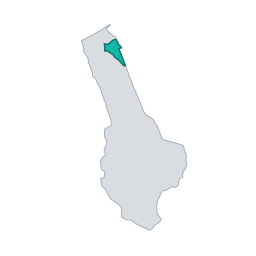 location of Kouffo within Benin, rotated 159°
{"feature_id": "BEN-2176", "entity_name": "Kouffo", "entity_type": "Department", "adm_level": 1, "iso_a3": "BEN", "parent_name": "Benin", "parent_adm1": "", "projection": "robinson", "projection_center": [1.816, 7.113], "detail": "fine", "context": "in_parent", "style": "filled", "palette": "teal", "viewbox_px": 256, "rotation_deg": 159, "n_neighbors": 0, "source": "natural_earth", "source_scale": "10m", "svg_char_len": 2795}
<svg xmlns="http://www.w3.org/2000/svg" viewBox="0 0 256 256"><g transform="rotate(159 128 128)"><path d="M108.1,231.3L107.7,230.2L112.7,228.7L111.6,224.3L108.6,219.1L107.4,218.1L106.7,215.5L107.5,213.8L107.1,212.7L106.9,209.2L105.4,205.3L108.1,205.2L108.1,192.7L108.1,180.7L108.1,170.5L108.1,162.5L107.6,152.8L107.5,145.7L107.4,136.4L106.4,133.5L102.2,128.5L101.1,125.9L100.9,122.6L100.0,119.0L99.9,112.9L99.9,105.8L99.5,104.7L94.9,101.3L88.5,96.5L83.6,92.8L83.3,92.5L82.8,91.6L83.5,80.8L84.5,79.3L86.1,74.9L86.8,71.3L87.6,71.3L88.5,70.1L89.3,68.4L90.2,68.8L91.6,69.1L92.3,68.5L92.2,67.2L92.7,65.8L93.8,65.2L94.1,64.0L94.1,62.6L95.0,62.3L96.7,62.3L98.0,61.9L99.1,61.2L100.5,58.4L101.3,57.4L101.5,56.7L102.3,56.1L104.5,55.8L106.3,56.0L107.4,57.6L115.0,56.2L118.6,57.0L126.0,50.0L127.6,47.9L129.9,42.9L130.6,41.0L131.3,37.6L129.9,31.2L130.0,30.1L133.0,28.8L136.8,27.7L138.2,27.6L139.2,27.1L140.6,25.7L142.9,24.7L144.2,25.0L145.0,25.2L153.0,33.6L156.4,37.8L157.4,40.0L159.2,41.6L161.8,42.5L164.2,44.7L166.1,47.7L164.9,49.9L163.0,54.3L163.0,57.8L167.4,65.1L167.9,65.9L169.1,67.0L169.7,68.4L170.2,72.0L170.6,76.1L170.9,78.8L173.1,82.7L173.2,84.2L171.7,90.0L171.4,90.6L171.0,90.7L168.7,90.2L167.7,90.9L166.4,92.8L165.7,94.8L165.6,95.6L167.7,99.2L166.4,104.4L165.1,107.7L162.7,109.5L160.6,110.0L159.1,110.8L158.3,112.0L158.4,115.7L155.3,119.1L153.5,121.5L152.7,122.9L153.0,127.3L151.9,131.8L150.0,135.3L145.7,136.0L142.0,136.4L140.8,145.3L140.9,151.0L140.6,156.8L139.9,159.1L140.2,162.4L139.9,169.9L139.5,175.8L140.1,177.4L140.5,180.8L140.4,184.4L141.4,186.9L142.4,189.1L142.3,190.2L141.8,190.9L141.4,191.8L141.4,200.3L141.6,202.8L141.3,204.4L140.5,205.7L140.8,210.0L141.4,212.7L142.1,214.7L141.5,216.4L140.9,218.6L140.1,224.2L140.1,226.2L127.7,227.6L113.9,229.8L108.1,231.3Z" fill="#d9dde1" stroke="#a8b0b8" stroke-width="1"/><path d="M107.6,205.4L108.2,205.2L108.1,200.3L108.1,195.4L108.1,190.4L108.1,187.1L109.1,187.3L109.7,188.2L109.9,188.6L111.5,192.3L111.6,193.2L111.7,193.4L111.9,193.7L112.0,193.9L112.0,194.6L112.1,194.8L112.3,195.1L112.8,195.5L113.9,197.2L114.1,197.6L114.2,197.8L114.6,198.0L115.0,198.9L115.4,200.5L115.7,202.0L116.1,202.7L116.3,202.8L116.9,203.3L117.5,204.4L118.0,205.2L118.5,205.4L118.9,206.1L119.0,206.7L119.1,206.9L119.2,207.0L120.2,207.9L120.5,208.0L121.0,207.9L121.5,207.6L121.7,207.8L122.0,208.6L121.8,209.1L121.6,209.5L121.2,210.8L121.0,211.1L120.8,211.4L120.4,212.3L120.3,212.6L120.2,212.9L120.3,213.3L120.3,214.0L119.9,214.9L118.1,213.9L117.2,213.6L116.2,213.5L114.6,213.9L112.7,214.7L110.0,215.4L109.3,215.4L108.8,215.4L107.2,214.5L107.1,214.4L107.3,214.1L107.4,213.6L107.3,212.7L107.0,212.1L106.9,211.5L106.9,210.9L107.1,209.5L107.1,209.0L106.8,208.7L106.4,208.3L106.0,207.7L105.4,205.3L107.6,205.4Z" fill="#14b8a6" stroke="#0f766e" stroke-width="1.5"/></g></svg>